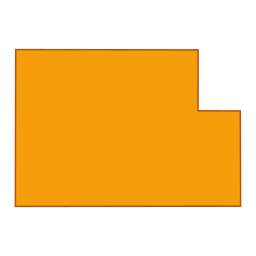 Menard, Texas, United States of America
{"feature_id": "52423323B56824601140740", "entity_name": "Menard", "entity_type": "district", "adm_level": 2, "iso_a3": "USA", "parent_name": "United States of America", "parent_adm1": "Texas", "projection": "mercator", "projection_center": [-99.789, 30.899], "detail": "fine", "context": "isolated", "style": "filled", "palette": "amber", "viewbox_px": 256, "rotation_deg": 0, "n_neighbors": 0, "source": "geoboundaries", "source_scale": "gbopen_adm2", "svg_char_len": 210}
<svg xmlns="http://www.w3.org/2000/svg" viewBox="0 0 256 256"><path d="M15.7,49.6L15.4,206.4L240.6,206.2L240.3,110.9L198.0,110.8L198.1,49.9L15.7,49.6Z" fill="#f59e0b" stroke="#b45309" stroke-width="1.5"/></svg>